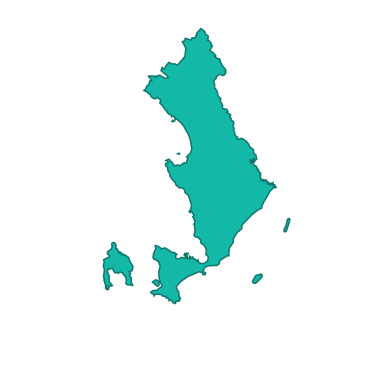 Pandeglang, Banten, Indonesia (Robinson projection), rotated 311°
{"feature_id": "22746128B79755996911998", "entity_name": "Pandeglang", "entity_type": "district", "adm_level": 2, "iso_a3": "IDN", "parent_name": "Indonesia", "parent_adm1": "Banten", "projection": "robinson", "projection_center": [105.579, -6.619], "detail": "fine", "context": "isolated", "style": "filled", "palette": "teal", "viewbox_px": 384, "rotation_deg": 311, "n_neighbors": 0, "source": "geoboundaries", "source_scale": "gbopen_adm2", "svg_char_len": 6036}
<svg xmlns="http://www.w3.org/2000/svg" viewBox="0 0 384 384"><g transform="rotate(311 192 192)"><path d="M320.3,102.0L320.1,98.7L321.5,96.3L321.2,91.5L314.7,91.4L314.2,92.4L312.6,92.4L311.0,93.3L309.2,92.2L308.6,90.9L306.0,91.5L303.5,86.1L301.4,87.3L299.2,86.0L296.6,92.9L289.1,98.1L287.7,97.5L286.0,98.1L284.1,97.6L279.4,98.0L278.0,97.2L277.4,94.7L275.7,93.4L274.6,89.4L269.1,89.7L267.3,90.7L266.4,89.9L266.4,87.7L263.3,89.0L263.4,98.1L262.1,99.1L259.9,96.5L259.0,91.1L257.2,89.6L256.1,90.0L255.7,89.1L254.7,89.3L254.9,87.7L251.4,83.4L250.6,83.4L250.5,86.1L249.3,88.7L248.3,87.3L244.5,88.9L242.1,88.4L239.1,89.5L237.0,89.1L238.1,93.0L237.7,95.7L238.3,96.4L237.1,98.8L237.4,101.8L238.6,103.4L240.7,103.8L240.9,106.3L240.3,108.8L238.4,109.1L237.8,109.9L238.0,112.2L236.6,117.1L236.4,121.1L235.7,121.3L235.6,123.8L236.5,125.4L235.4,127.3L236.8,127.9L237.2,129.6L235.4,131.9L236.9,131.3L237.1,138.2L236.3,142.4L232.9,151.9L230.3,156.5L224.2,163.9L219.4,165.5L217.8,164.8L215.2,165.2L214.8,164.0L215.3,166.0L214.7,166.7L210.6,168.4L209.1,167.9L208.9,166.9L204.0,165.6L202.8,163.2L200.7,162.1L200.4,160.5L201.5,157.3L201.0,155.5L201.8,153.7L201.4,152.8L198.7,151.6L199.1,153.7L198.2,154.7L196.4,153.5L194.8,154.3L194.3,155.8L194.7,157.3L192.5,159.5L190.9,163.8L189.7,164.8L188.2,169.5L188.4,172.8L186.7,175.5L186.9,180.0L189.1,182.8L188.3,185.9L187.0,187.0L187.2,191.2L182.0,200.1L177.9,202.5L175.2,202.7L175.4,204.2L177.0,204.3L175.7,209.1L173.7,208.8L173.5,210.5L171.9,213.2L170.1,214.5L168.9,214.4L168.9,215.3L164.4,220.0L160.5,222.1L160.4,224.4L161.6,225.9L161.6,229.7L159.5,231.9L159.2,233.4L159.9,235.1L158.7,239.3L156.2,242.2L153.8,243.5L154.4,245.5L153.5,246.9L150.3,249.1L145.4,247.8L143.2,244.1L143.2,243.2L144.7,241.1L143.1,241.1L143.5,239.0L142.6,237.0L143.4,237.2L142.6,236.5L143.3,235.1L142.2,235.0L142.0,232.5L140.3,234.4L139.5,232.3L138.6,232.6L138.6,230.7L137.3,230.2L136.2,227.4L132.2,225.5L131.5,223.4L133.3,221.0L135.0,221.6L134.9,218.8L133.3,216.4L132.4,209.3L131.8,207.9L129.3,206.7L128.7,201.6L127.4,199.4L125.7,201.8L120.5,203.3L116.9,205.6L116.3,207.8L117.5,209.2L117.0,211.4L117.8,213.0L116.4,214.0L115.3,216.6L110.2,219.2L105.6,223.6L103.2,226.9L101.8,230.8L100.7,231.1L94.8,229.9L92.0,227.3L89.3,226.5L89.0,228.4L89.8,229.9L88.8,231.4L89.8,231.1L91.8,232.5L94.3,235.8L94.3,238.5L95.9,240.5L95.1,242.1L95.7,242.4L96.0,245.0L95.0,246.1L95.9,246.2L97.1,248.1L95.9,249.9L96.2,251.0L95.6,251.2L96.3,251.1L96.4,252.2L97.6,252.5L98.9,251.4L101.5,254.1L102.9,252.9L104.0,253.3L104.9,250.5L107.8,247.6L109.3,242.9L111.1,242.2L117.0,242.2L125.4,244.3L136.3,249.5L137.8,252.1L136.9,254.3L138.0,256.1L139.9,255.4L139.4,252.9L139.8,252.2L143.5,251.1L147.1,252.8L153.0,259.0L156.0,259.7L157.7,258.1L160.2,258.4L167.2,260.5L167.9,261.7L174.0,257.0L181.2,256.1L184.0,253.9L187.4,253.2L191.0,252.7L196.8,253.6L200.0,251.3L214.4,252.1L224.2,254.2L224.8,255.2L229.8,253.1L243.5,250.5L248.2,250.5L250.7,252.5L251.1,251.2L250.2,249.8L251.6,249.8L251.0,247.7L252.2,247.1L250.4,246.2L249.8,247.5L249.1,246.3L250.0,245.1L249.0,244.6L248.3,245.1L247.7,244.3L247.6,243.4L248.9,243.8L248.6,243.0L249.7,242.4L248.9,240.7L249.7,240.0L248.9,239.2L248.2,239.8L248.2,238.0L247.0,238.6L247.2,237.0L246.1,236.3L247.1,236.2L248.3,233.1L249.4,232.9L249.3,232.1L251.2,231.7L251.0,229.2L251.7,229.1L251.7,226.7L252.3,226.8L252.0,226.4L253.6,223.8L252.9,221.0L254.1,218.5L252.4,217.3L252.9,217.1L253.0,215.8L253.2,217.4L253.9,217.5L253.5,216.9L253.9,217.3L253.8,216.2L254.0,215.8L254.3,217.9L255.2,218.5L254.6,216.5L254.8,215.5L255.9,215.5L255.0,215.7L255.3,217.5L256.7,216.9L256.3,217.6L257.0,217.6L258.4,216.5L257.6,217.5L256.6,217.7L255.6,217.5L255.6,219.2L256.2,218.7L259.3,219.3L261.8,215.9L261.7,213.5L264.3,210.5L263.9,206.4L265.5,202.6L265.9,199.1L265.3,194.8L264.6,193.8L263.0,193.6L262.7,191.4L261.9,191.1L263.1,190.4L263.1,187.2L265.3,184.7L266.3,182.1L267.5,182.3L269.3,178.7L270.7,179.0L272.1,177.4L272.1,174.7L273.4,172.6L272.9,171.3L275.6,170.6L274.7,165.9L276.2,166.3L277.3,164.1L275.2,160.5L276.5,158.5L277.4,158.5L279.4,153.4L281.4,152.4L281.7,148.0L283.3,146.8L285.0,143.5L285.4,140.8L288.3,138.2L290.1,135.5L293.7,135.7L295.3,134.4L296.5,135.3L298.0,135.2L299.3,136.1L299.9,138.6L301.8,139.7L303.5,139.5L304.5,138.1L304.8,138.7L306.3,137.3L307.4,131.6L308.4,129.4L308.3,127.8L309.5,127.6L310.6,125.4L309.4,123.6L309.0,120.2L310.4,120.5L311.0,116.9L310.5,112.4L315.6,111.6L315.5,110.1L317.2,108.4L316.9,107.3L317.5,105.3L316.8,104.3L320.3,102.0ZM102.3,165.7L101.2,165.2L99.5,165.8L98.9,167.4L95.8,168.5L91.3,167.5L89.6,169.1L90.0,171.5L89.2,172.3L83.0,169.7L81.7,171.6L77.9,173.7L75.9,176.9L70.5,180.4L69.3,182.4L68.8,182.2L68.4,183.8L67.5,183.7L65.1,187.8L62.5,190.2L62.7,192.3L63.4,192.6L63.4,190.3L65.4,189.6L66.5,190.3L66.6,191.8L69.2,193.2L70.0,188.2L74.4,184.4L76.5,180.3L77.9,179.4L80.8,180.9L82.1,182.2L80.3,186.6L82.2,188.5L82.2,189.7L84.4,190.1L85.3,192.3L84.2,197.9L82.1,200.6L79.7,201.9L79.3,203.5L82.6,208.5L84.3,205.0L87.5,202.4L87.7,199.8L90.4,199.1L90.1,197.7L90.9,197.5L90.8,196.0L91.2,197.3L93.5,198.5L96.9,196.4L99.6,189.1L101.0,187.1L100.4,182.2L99.7,181.0L99.2,181.3L98.6,179.6L99.6,179.3L98.8,178.8L99.6,177.5L98.5,176.9L99.2,176.4L98.5,175.7L100.0,172.9L99.3,172.4L99.9,171.4L102.4,169.1L102.8,166.9L102.3,165.7ZM170.7,294.9L164.0,296.4L163.6,298.3L164.7,299.7L166.8,300.2L173.2,300.6L175.1,299.9L175.4,297.9L170.7,294.9ZM235.6,282.5L234.0,282.0L228.3,285.0L224.2,286.1L222.8,287.0L222.8,288.3L224.4,288.9L234.6,284.5L235.9,283.2L235.6,282.5ZM98.1,221.2L98.0,227.3L99.1,228.3L100.4,228.0L102.0,226.5L102.8,224.1L101.7,222.0L98.1,221.2ZM140.9,228.5L140.2,227.3L139.2,227.4L139.2,228.6L140.9,228.5ZM143.0,229.7L143.1,229.1L141.5,227.6L141.7,229.2L143.0,229.7ZM233.2,131.9L233.7,131.1L233.3,130.3L232.1,130.7L233.2,131.9ZM212.6,157.6L213.0,157.0L211.4,156.1L211.6,156.9L212.6,157.6ZM65.2,192.0L64.0,191.3L63.7,191.7L64.1,192.5L65.2,192.0ZM140.2,230.0L139.6,230.9L139.7,231.5L140.7,230.6L140.2,230.0ZM139.2,230.0L138.6,229.1L138.8,230.4L139.2,230.0Z" fill="#14b8a6" stroke="#0f766e" stroke-width="1.5"/></g></svg>